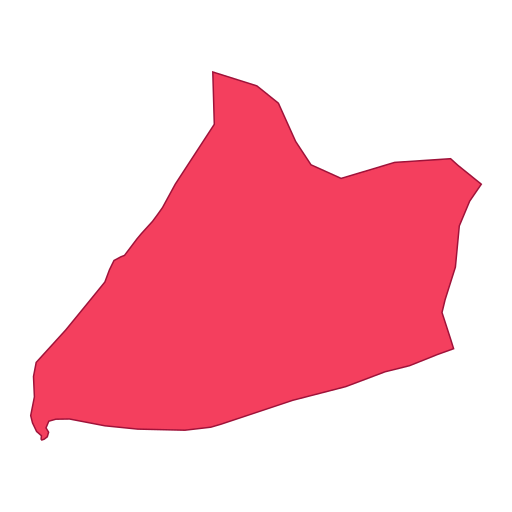 Bonny, Rivers, Nigeria (Mercator projection)
{"feature_id": "59680162B83694422254145", "entity_name": "Bonny", "entity_type": "district", "adm_level": 2, "iso_a3": "NGA", "parent_name": "Nigeria", "parent_adm1": "Rivers", "projection": "mercator", "projection_center": [7.217, 4.46], "detail": "fine", "context": "isolated", "style": "filled", "palette": "rose", "viewbox_px": 512, "rotation_deg": 0, "n_neighbors": 0, "source": "geoboundaries", "source_scale": "gbopen_adm2", "svg_char_len": 820}
<svg xmlns="http://www.w3.org/2000/svg" viewBox="0 0 512 512"><path d="M311.0,164.8L295.6,141.4L286.9,122.1L278.4,103.2L256.9,85.9L212.8,72.0L214.3,124.3L175.3,184.1L162.5,207.6L157.6,214.5L152.5,221.4L141.4,233.6L137.2,238.6L124.5,255.4L120.9,256.8L114.0,260.5L109.5,269.7L104.9,282.0L88.3,302.4L65.8,329.9L36.2,362.4L33.5,376.5L34.4,396.9L30.7,415.6L32.5,422.9L36.6,431.5L41.4,435.7L41.1,439.1L41.8,440.0L44.2,439.2L47.3,436.8L48.6,432.2L46.0,427.9L48.8,421.2L55.8,419.2L69.5,419.0L104.9,425.8L137.7,429.1L184.9,430.2L210.8,427.2L221.0,424.2L292.7,400.3L345.8,386.6L385.0,371.8L409.5,365.7L437.2,354.6L453.6,348.7L450.8,339.7L442.0,312.5L445.1,299.7L455.4,267.1L459.3,225.9L469.7,201.1L481.3,184.2L458.0,165.4L450.6,158.7L394.6,162.4L341.1,178.4L311.0,164.8Z" fill="#f43f5e" stroke="#9f1239" stroke-width="1.5"/></svg>